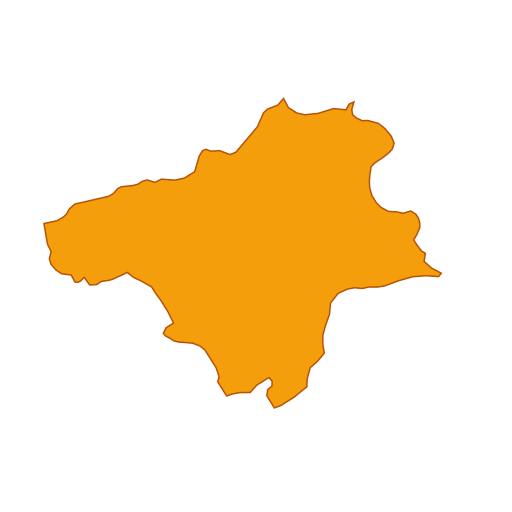 the district of Gugark, Lori, Armenia, rotated 148°
{"feature_id": "60910142B58118729111038", "entity_name": "Gugark", "entity_type": "district", "adm_level": 2, "iso_a3": "ARM", "parent_name": "Armenia", "parent_adm1": "Lori", "projection": "mercator", "projection_center": [44.544, 40.817], "detail": "fine", "context": "isolated", "style": "filled", "palette": "amber", "viewbox_px": 512, "rotation_deg": 148, "n_neighbors": 0, "source": "geoboundaries", "source_scale": "gbopen_adm2", "svg_char_len": 2178}
<svg xmlns="http://www.w3.org/2000/svg" viewBox="0 0 512 512"><g transform="rotate(148 256 256)"><path d="M91.3,334.8L96.6,335.5L102.2,332.2L103.1,333.0L112.1,339.9L127.9,344.1L139.9,350.0L145.6,355.6L149.9,364.7L149.4,371.6L149.2,375.0L157.6,372.4L168.5,374.5L173.8,373.4L186.4,364.8L217.9,354.7L224.2,355.7L231.1,364.7L238.8,368.8L241.9,373.0L245.7,373.6L251.2,370.8L263.3,360.0L275.4,360.0L284.7,363.4L295.5,371.3L302.7,372.0L308.0,378.2L312.8,379.6L318.3,379.5L322.8,380.9L333.6,386.1L337.7,386.4L343.6,384.6L349.2,384.7L382.0,396.0L389.2,394.9L394.8,391.8L398.9,391.1L406.2,391.4L418.6,395.9L423.7,383.6L426.6,376.4L427.4,368.3L432.8,363.1L434.2,357.7L433.1,350.3L430.4,344.1L422.8,337.8L423.3,329.9L420.8,328.0L417.9,327.8L413.0,328.9L412.4,319.6L406.5,316.3L400.4,316.3L394.3,313.6L390.2,312.3L376.8,310.6L373.9,310.3L371.2,302.8L366.4,295.3L360.9,285.1L360.9,277.6L360.2,268.8L360.2,261.9L360.2,255.8L361.5,242.8L365.5,242.8L370.3,242.8L375.7,239.4L375.0,236.0L372.3,231.2L370.3,227.1L366.8,223.7L362.1,220.3L355.9,215.6L351.2,209.4L349.1,203.3L349.1,199.2L349.1,191.7L349.0,182.8L350.3,176.9L350.4,176.7L350.6,175.8L351.7,172.6L355.1,169.8L355.1,165.1L355.1,158.9L355.0,152.8L348.9,151.4L342.1,148.7L333.2,143.3L323.7,146.1L315.5,146.1L309.4,146.1L308.7,141.3L311.4,137.2L316.9,136.5L320.9,131.7L320.9,123.5L320.9,117.4L314.1,116.0L309.3,116.1L298.4,116.1L282.1,118.2L278.0,124.4L269.2,132.6L259.7,134.1L249.5,137.5L246.1,145.7L241.4,153.3L234.0,160.1L224.5,167.7L217.7,176.6L206.2,180.8L196.0,179.5L189.2,176.8L183.0,172.1L176.9,170.0L169.4,165.3L163.2,162.6L147.6,159.3L133.9,155.3L122.3,149.2L112.1,141.8L108.0,143.2L113.5,152.7L116.3,162.3L110.9,168.5L113.0,172.5L113.7,180.0L113.7,186.2L108.3,188.9L106.4,190.3L102.2,193.1L99.6,197.2L98.2,202.0L98.3,206.8L101.0,212.2L108.5,214.2L113.3,218.9L120.1,223.7L124.3,231.1L125.7,237.3L125.7,245.5L123.7,253.0L120.4,259.1L116.4,264.6L115.6,265.5L111.0,270.8L106.1,271.9L105.0,272.0L96.0,272.3L89.3,273.0L83.8,274.4L79.1,278.5L77.8,286.0L78.8,293.2L79.3,296.3L82.0,303.7L87.0,309.1L89.1,311.4L89.6,311.8L94.3,314.5L97.8,320.0L99.2,324.7L97.1,329.5L91.3,334.8Z" fill="#f59e0b" stroke="#b45309" stroke-width="1.5"/></g></svg>